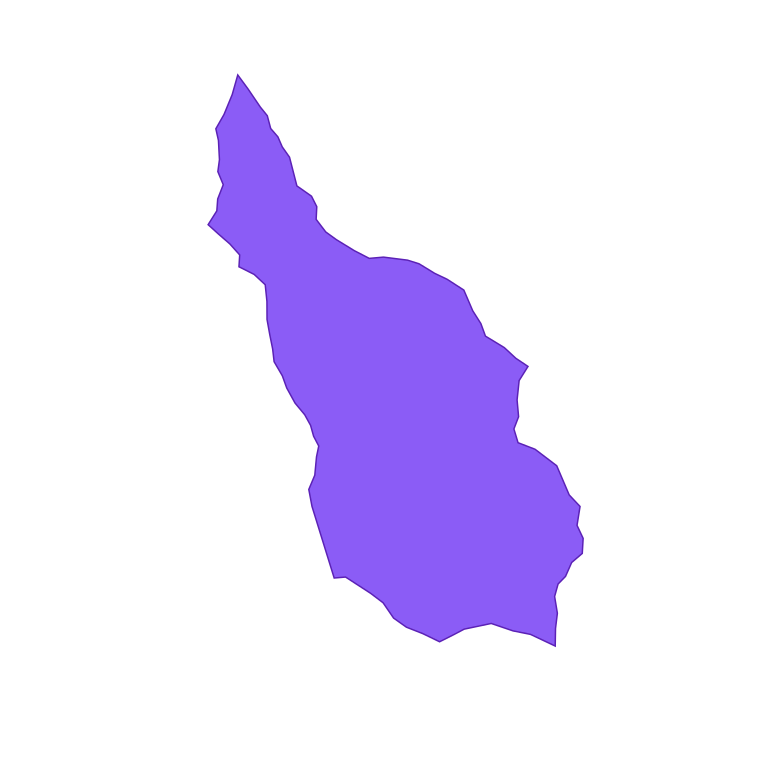 the district of Santa Salete, São Paulo, Brazil, rotated 118°
{"feature_id": "56859067B39961263989450", "entity_name": "Santa Salete", "entity_type": "district", "adm_level": 2, "iso_a3": "BRA", "parent_name": "Brazil", "parent_adm1": "São Paulo", "projection": "orthographic", "projection_center": [-50.728, -20.265], "detail": "fine", "context": "isolated", "style": "filled", "palette": "violet", "viewbox_px": 768, "rotation_deg": 118, "n_neighbors": 0, "source": "geoboundaries", "source_scale": "gbopen_adm2", "svg_char_len": 1287}
<svg xmlns="http://www.w3.org/2000/svg" viewBox="0 0 768 768"><g transform="rotate(118 384 384)"><path d="M300.9,265.1L299.4,279.7L295.4,294.8L294.1,316.9L285.2,326.8L277.7,340.0L263.6,357.6L261.9,377.4L262.5,391.3L261.4,409.4L263.6,421.4L272.2,444.0L280.0,456.0L280.2,472.9L278.9,493.9L277.1,506.8L270.5,521.2L259.0,526.6L252.2,536.2L250.0,553.9L228.1,573.9L222.4,585.2L215.6,593.7L211.6,604.0L201.9,613.0L197.5,623.3L187.3,642.6L179.8,658.2L199.7,653.9L221.1,651.8L237.6,652.3L246.7,644.5L263.2,634.6L274.5,630.4L283.5,619.5L298.7,617.7L309.6,612.9L325.9,614.1L329.4,600.2L332.7,585.9L337.8,572.0L348.6,567.1L348.2,550.1L352.1,535.5L366.1,526.1L381.9,517.6L394.1,508.0L405.3,498.8L415.9,491.5L424.5,477.6L433.2,468.0L442.6,453.6L448.4,439.5L455.0,429.4L463.2,421.6L469.4,412.5L480.0,409.4L497.0,402.3L512.4,400.9L525.9,390.1L578.7,336.9L572.5,327.3L575.1,297.6L577.6,282.1L586.2,265.6L588.2,250.1L586.2,232.5L585.5,213.9L572.5,204.7L562.8,198.1L545.1,176.9L541.4,154.1L536.3,137.1L535.0,109.8L519.3,117.8L505.0,123.3L491.5,133.6L478.9,136.4L468.7,133.4L453.5,134.5L440.5,129.4L426.8,135.7L418.2,147.2L400.1,153.4L395.0,168.4L375.1,193.1L370.7,220.0L372.9,238.1L362.7,248.2L349.7,249.8L335.6,259.0L317.5,266.3L300.9,265.1Z" fill="#8b5cf6" stroke="#5b21b6" stroke-width="1.5"/></g></svg>